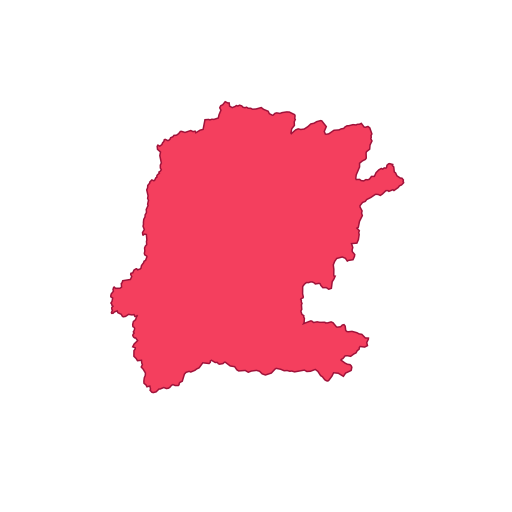 outline of Huarochiri, Lima, Peru, rotated 220°
{"feature_id": "86281439B90649514172231", "entity_name": "Huarochiri", "entity_type": "district", "adm_level": 2, "iso_a3": "PER", "parent_name": "Peru", "parent_adm1": "Lima", "projection": "natural_earth1", "projection_center": [-76.426, -11.934], "detail": "fine", "context": "isolated", "style": "filled", "palette": "rose", "viewbox_px": 512, "rotation_deg": 220, "n_neighbors": 0, "source": "geoboundaries", "source_scale": "gbopen_adm2", "svg_char_len": 6148}
<svg xmlns="http://www.w3.org/2000/svg" viewBox="0 0 512 512"><g transform="rotate(220 256 256)"><path d="M293.5,401.3L295.9,397.9L296.9,395.0L298.9,392.4L299.4,388.5L300.7,384.2L303.0,381.7L305.4,380.5L306.7,378.1L307.6,372.4L308.3,372.6L310.4,376.5L310.5,380.7L312.9,383.3L313.7,385.9L314.7,386.2L316.2,388.5L317.3,389.1L323.0,387.7L325.2,386.0L328.2,382.6L329.3,380.6L332.2,378.9L333.2,377.4L333.4,374.9L333.8,374.4L337.3,373.6L339.7,374.7L344.5,373.2L347.4,373.1L350.5,368.6L353.0,366.2L354.9,365.8L356.9,364.2L358.9,363.9L359.8,362.5L361.5,361.6L363.4,361.8L365.5,361.0L366.3,359.2L367.8,358.6L368.0,357.3L369.6,354.4L372.5,353.8L375.0,356.0L376.0,355.1L378.8,354.4L378.7,350.6L379.6,348.4L379.2,346.7L379.0,346.2L376.6,345.2L375.1,340.4L373.6,337.5L376.0,333.6L377.7,332.4L378.8,330.6L380.0,330.2L382.7,327.6L377.9,319.0L379.7,316.5L381.3,311.7L382.9,312.5L384.2,310.8L386.6,310.2L389.8,305.0L393.2,303.6L394.0,302.8L393.9,300.0L394.6,297.3L396.4,295.7L396.3,294.0L397.4,291.7L396.9,290.0L397.3,288.3L397.8,287.7L400.5,287.0L401.0,286.2L400.2,284.4L400.3,282.6L399.7,280.8L400.4,278.2L402.4,277.9L402.2,276.5L400.0,274.4L396.0,274.3L394.2,271.1L388.3,266.4L387.7,264.1L385.8,261.9L384.0,261.2L383.8,259.4L384.3,257.8L383.2,257.3L383.7,255.0L383.5,253.7L382.6,252.6L383.0,251.5L382.3,248.8L382.6,248.0L384.7,247.3L384.9,244.2L384.3,243.7L384.3,240.5L382.9,238.6L382.2,236.4L377.3,232.7L376.1,230.5L374.2,229.6L372.3,226.0L371.1,225.3L370.0,221.1L368.1,219.2L367.6,218.0L367.5,216.5L366.1,214.5L365.6,212.0L363.8,209.3L362.6,208.0L361.7,206.2L358.6,204.5L358.0,201.0L356.4,199.5L355.9,199.4L355.4,201.2L353.8,202.0L349.8,198.0L349.4,196.9L347.0,194.4L347.1,192.5L346.5,190.5L344.4,188.4L343.2,186.2L342.0,185.4L339.6,185.7L339.0,185.2L337.8,181.7L338.4,180.0L337.8,178.7L337.6,175.1L336.3,172.7L336.3,171.8L337.8,169.3L339.2,169.5L339.6,169.2L340.4,166.8L339.6,163.9L340.7,162.3L340.1,161.3L338.0,160.4L337.1,157.3L342.2,151.4L341.4,149.4L341.5,148.3L339.0,145.8L339.4,143.9L342.9,140.9L344.6,141.1L344.9,140.5L344.0,138.4L342.6,137.4L342.5,133.8L341.5,131.9L340.9,131.4L338.8,131.7L337.1,128.6L336.9,126.7L335.6,126.4L334.4,125.5L333.3,125.6L333.3,123.7L332.3,122.6L331.2,122.3L330.4,119.7L329.7,119.3L328.7,120.2L328.5,122.1L327.1,124.7L325.4,123.8L321.8,124.7L319.5,123.9L318.6,124.1L317.1,125.9L316.1,129.4L313.2,131.1L311.8,132.7L310.0,131.8L309.2,132.5L308.5,134.5L308.5,132.8L307.3,129.8L307.8,127.0L306.4,124.2L304.9,122.8L303.2,123.0L302.4,122.5L301.5,120.9L301.2,119.0L299.8,118.6L299.8,116.9L299.2,115.8L297.6,115.2L296.1,115.3L295.6,115.9L292.3,115.1L292.8,110.3L292.1,107.2L289.4,108.1L288.7,107.0L288.7,105.1L285.1,100.7L281.8,100.4L279.5,99.6L276.7,102.5L274.8,100.6L273.1,99.7L272.6,97.2L269.5,96.7L265.5,95.3L264.0,93.3L263.3,90.9L261.5,88.1L260.0,86.5L257.3,86.5L255.5,85.7L253.7,88.1L251.3,86.3L250.9,85.1L248.2,84.7L246.9,85.3L245.2,87.7L244.8,91.8L244.0,92.4L242.1,96.0L239.4,96.9L238.1,98.4L237.6,99.9L237.6,102.5L237.0,104.1L234.7,104.8L232.3,106.8L232.2,107.9L233.0,109.2L233.0,110.3L232.0,112.7L234.9,119.5L234.8,121.9L233.1,124.6L231.4,125.2L229.3,129.2L228.9,131.2L227.7,133.8L228.1,140.0L222.8,143.5L222.7,145.2L223.5,146.3L223.1,147.5L218.8,148.2L217.3,149.6L215.5,149.3L214.4,149.7L212.2,152.3L211.9,154.3L211.3,154.9L205.1,155.2L201.2,157.5L197.5,156.5L195.4,156.8L190.7,161.4L187.2,162.0L185.6,164.9L182.1,168.7L179.2,170.0L175.5,169.7L172.3,170.9L169.0,176.2L168.7,181.8L168.3,182.9L164.3,185.1L160.7,186.2L158.5,188.3L155.9,189.5L154.8,190.8L152.0,192.0L145.6,199.7L142.8,200.2L140.2,202.7L137.7,207.2L134.5,207.4L129.6,205.9L127.5,206.2L123.8,205.4L121.8,205.7L120.6,206.4L120.3,207.6L120.6,212.8L121.5,216.4L117.6,219.1L111.7,220.0L112.1,223.9L109.7,229.1L109.6,229.7L111.1,232.4L112.6,233.1L114.2,233.2L116.4,231.8L119.0,231.2L123.9,230.9L124.2,231.5L123.5,233.2L123.5,236.9L121.7,238.5L119.0,240.0L118.1,243.8L117.1,246.1L117.6,248.4L117.1,250.9L118.0,252.3L118.1,253.6L114.2,256.1L113.0,259.0L115.5,260.8L116.5,264.6L117.1,265.4L119.5,263.5L124.6,264.0L126.9,262.6L129.4,262.1L134.0,260.0L136.7,257.2L138.0,256.5L139.5,256.7L142.6,259.6L144.5,260.0L145.5,258.6L145.7,256.2L147.9,253.8L148.8,253.4L154.1,254.4L156.1,253.8L158.2,250.7L159.8,249.4L160.6,249.5L164.6,246.1L166.8,244.9L169.1,242.1L171.5,242.0L172.4,241.4L176.1,234.7L176.4,236.0L178.9,239.4L180.2,239.8L181.0,241.0L183.3,240.8L186.2,242.6L186.6,244.5L189.8,247.8L190.3,249.3L191.7,249.9L192.9,251.3L193.8,251.4L194.0,252.3L193.1,254.2L193.4,255.0L196.0,257.0L200.6,262.6L200.8,265.6L200.3,268.1L198.6,269.4L197.8,270.9L196.3,272.3L193.8,272.9L192.6,272.7L190.2,275.5L189.2,276.0L187.3,275.1L184.4,274.7L181.8,277.0L178.9,277.3L177.5,279.7L181.1,285.3L181.5,288.4L182.4,291.4L183.2,290.8L184.2,291.4L187.8,295.8L191.1,298.9L192.3,302.5L192.6,306.0L189.3,310.7L186.0,311.7L182.8,310.8L182.3,312.1L179.3,315.5L180.3,319.0L181.3,320.6L185.0,321.2L186.3,322.5L187.3,324.7L190.8,326.9L187.0,330.7L188.1,334.4L190.8,338.8L192.4,340.0L193.1,341.8L196.6,342.2L196.1,343.8L199.0,349.1L200.5,355.3L202.7,356.7L203.7,358.7L207.8,360.4L208.7,361.4L208.8,365.5L207.4,368.1L207.5,370.4L205.6,374.8L204.3,379.5L203.9,380.3L201.9,381.7L199.7,382.3L199.0,384.8L198.5,389.6L196.8,391.0L195.8,390.9L193.7,394.8L192.4,394.8L191.1,399.8L191.2,402.0L190.2,404.0L190.0,406.9L190.3,407.4L191.1,407.5L192.0,409.0L194.3,409.4L195.4,408.5L199.6,408.0L202.5,409.4L204.1,409.3L207.8,412.8L209.8,413.0L210.1,414.0L213.1,412.6L213.7,411.8L214.0,409.7L212.9,407.7L213.0,406.8L214.4,405.9L214.8,404.0L216.3,403.6L217.3,400.9L217.6,397.0L216.5,393.1L218.7,391.2L218.5,387.7L219.5,386.1L220.9,385.2L221.8,382.7L224.0,381.3L225.8,381.3L228.4,379.0L229.5,379.6L231.4,382.6L233.9,390.8L236.3,393.6L235.6,397.3L234.3,400.3L234.5,401.9L238.0,405.8L238.4,407.0L237.6,410.9L240.0,414.3L241.1,418.7L243.4,419.6L244.0,421.0L245.3,422.2L245.7,424.0L251.2,427.3L253.5,427.2L255.0,424.8L256.2,424.3L260.6,425.3L261.4,423.5L263.1,421.9L263.6,420.7L266.1,419.0L268.6,415.5L270.0,414.2L270.8,411.9L270.8,410.1L272.5,408.1L273.4,406.0L277.1,402.4L278.8,396.3L280.6,394.2L281.3,394.0L283.8,395.3L285.3,400.3L292.5,401.8L293.5,401.3Z" fill="#f43f5e" stroke="#9f1239" stroke-width="1.5"/></g></svg>